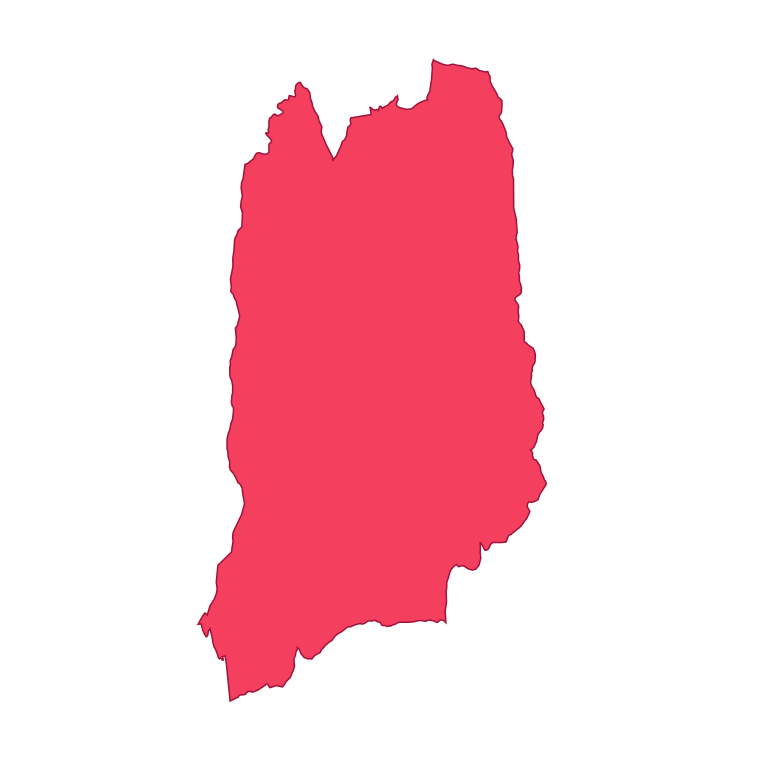 the district of Cosminele, Prahova, Romania, rotated 94°
{"feature_id": "2599482B41257383601072", "entity_name": "Cosminele", "entity_type": "district", "adm_level": 2, "iso_a3": "ROU", "parent_name": "Romania", "parent_adm1": "Prahova", "projection": "robinson", "projection_center": [25.876, 45.169], "detail": "fine", "context": "isolated", "style": "filled", "palette": "rose", "viewbox_px": 768, "rotation_deg": 94, "n_neighbors": 0, "source": "geoboundaries", "source_scale": "gbopen_adm2", "svg_char_len": 6118}
<svg xmlns="http://www.w3.org/2000/svg" viewBox="0 0 768 768"><g transform="rotate(94 384 384)"><path d="M449.9,536.7L459.2,536.1L463.6,534.8L466.8,534.6L472.8,532.4L477.6,532.4L480.7,531.1L484.0,527.8L489.4,524.4L492.4,523.0L494.3,520.3L497.8,518.3L505.1,516.9L510.9,515.2L513.7,514.9L524.0,516.9L541.7,523.9L543.9,524.3L547.7,524.3L551.4,523.6L562.4,524.5L576.3,536.9L576.9,537.1L593.6,537.5L597.9,536.5L601.0,536.2L604.7,536.6L610.2,538.2L617.4,542.1L626.7,544.2L625.2,545.9L625.0,546.9L631.1,550.2L636.7,552.7L636.0,549.7L642.3,547.6L646.0,545.7L648.5,543.8L648.4,543.2L647.0,542.3L642.8,542.0L640.4,540.5L648.7,537.8L654.1,536.6L657.8,535.3L661.8,532.8L668.2,530.2L669.7,529.2L669.1,528.2L669.2,527.3L669.7,526.5L670.7,526.2L670.8,525.4L670.0,525.0L667.3,526.2L666.3,523.6L675.0,521.6L711.0,515.4L706.4,507.4L705.2,507.1L704.3,506.0L703.7,501.9L703.1,500.5L700.0,498.3L700.3,496.8L699.8,494.9L700.7,494.0L698.5,489.0L693.4,482.2L691.7,480.4L691.5,479.3L691.7,478.9L694.3,477.2L694.9,476.4L692.4,470.5L693.3,464.2L691.2,462.6L687.7,460.9L683.4,457.1L675.2,454.3L671.6,453.6L665.0,454.7L660.4,453.3L658.1,453.3L654.8,452.0L653.0,452.1L654.5,450.0L658.2,448.4L662.4,444.6L663.6,440.3L663.0,438.4L663.5,436.9L660.5,434.9L658.7,432.8L656.3,428.9L653.2,427.8L650.4,425.2L649.0,424.4L645.7,421.1L643.0,417.7L640.0,416.1L637.7,414.0L636.5,412.8L633.9,408.8L628.6,402.9L628.6,400.7L625.8,395.1L624.5,390.5L624.8,390.4L625.0,388.5L623.6,385.9L622.4,384.7L621.2,382.5L621.4,380.3L620.5,376.9L620.6,375.9L621.5,374.4L621.9,372.2L622.6,370.8L624.3,369.8L625.0,368.6L624.9,366.2L625.7,363.8L624.9,362.1L625.2,360.9L623.6,358.4L623.1,356.4L620.7,352.9L619.9,342.7L619.1,337.6L617.8,333.5L617.3,330.6L617.9,325.9L616.6,323.9L616.3,322.7L616.9,317.5L617.7,316.3L618.1,314.6L617.5,313.3L615.7,311.8L615.4,310.5L615.8,307.9L617.8,305.6L606.3,307.1L597.0,306.4L586.5,307.6L582.3,307.2L577.6,307.6L572.2,306.1L567.4,305.3L564.1,304.0L560.2,300.9L559.0,299.1L560.3,298.0L561.0,296.8L560.9,295.9L560.1,294.5L559.9,292.4L560.2,291.2L562.3,287.7L563.1,284.7L563.4,282.4L562.1,279.3L558.1,276.6L550.9,275.3L545.8,276.3L540.7,276.4L535.9,277.1L535.7,276.3L542.9,271.6L542.3,269.6L541.5,268.6L538.3,267.0L536.8,266.8L534.5,264.3L533.9,255.3L533.2,251.5L532.4,250.9L527.1,249.5L525.8,248.4L525.4,247.1L516.5,237.6L507.6,232.0L501.1,229.6L496.5,232.5L494.1,232.6L492.8,232.2L491.7,231.3L491.5,230.5L491.7,228.6L491.3,226.8L488.8,222.4L482.8,220.7L473.3,215.4L471.9,215.3L469.8,216.1L467.4,217.9L466.1,218.2L461.0,221.2L456.2,222.3L454.0,223.3L449.1,227.1L448.7,229.5L445.3,230.9L442.6,230.9L440.6,232.1L439.6,233.3L439.1,232.3L436.9,230.2L430.9,227.9L423.9,226.9L421.3,225.6L419.3,223.9L416.7,222.7L413.6,222.3L411.9,223.2L408.0,222.2L404.7,222.7L401.9,224.0L400.0,223.6L398.2,222.7L397.4,222.7L392.7,225.8L387.7,228.6L386.9,230.5L385.8,231.4L379.9,233.7L375.0,237.0L372.8,237.7L371.1,237.9L365.3,237.3L363.1,237.8L359.9,236.9L358.5,237.4L355.3,236.8L353.1,235.4L351.1,234.9L344.4,235.0L341.8,235.8L338.0,237.7L335.3,242.5L332.7,245.4L332.8,246.2L332.1,247.0L322.2,247.8L317.6,250.0L315.4,251.4L313.0,253.8L311.3,254.4L307.3,254.2L301.5,255.4L298.3,255.0L296.8,255.2L295.0,256.1L291.7,258.7L290.1,259.6L287.5,258.0L286.9,256.9L285.0,254.5L283.3,253.6L278.9,253.5L274.7,254.8L272.4,256.0L266.0,256.6L264.2,257.4L259.0,256.7L256.0,256.9L251.4,258.5L245.6,258.9L242.1,260.1L237.6,259.9L229.9,262.4L228.3,262.6L223.4,261.7L210.3,263.6L199.3,266.9L170.3,269.1L167.3,270.3L162.0,270.9L156.0,270.4L152.1,270.6L147.0,272.4L145.4,272.6L142.4,271.9L140.4,271.9L133.0,276.7L131.7,277.1L130.1,278.5L123.6,280.0L115.8,283.9L113.4,285.4L111.9,287.0L110.0,287.9L109.1,288.0L105.8,286.2L103.9,285.7L97.8,285.7L93.1,286.2L91.7,287.4L89.6,290.6L88.3,290.8L85.6,292.3L79.2,296.9L74.4,299.2L69.4,299.8L67.2,301.5L65.4,302.0L65.0,302.6L65.6,304.2L65.5,306.2L64.5,310.9L62.5,314.4L63.3,317.4L63.3,319.1L62.9,322.1L61.2,328.5L60.8,334.5L60.2,336.9L60.4,338.8L61.6,342.1L61.6,344.4L60.9,347.8L58.1,355.9L57.0,357.3L61.6,358.5L65.4,357.8L77.3,357.8L82.5,358.4L83.9,358.2L85.6,358.7L88.0,358.4L92.8,360.5L95.8,361.2L97.4,360.1L98.5,363.5L100.8,368.0L103.0,371.0L107.6,375.7L108.5,380.7L107.2,387.9L105.6,390.7L104.8,391.1L101.4,390.9L99.3,389.8L95.5,390.7L97.3,392.6L100.7,394.4L102.1,396.9L105.6,399.6L107.4,402.9L109.0,404.6L107.1,406.9L107.2,407.3L108.4,408.0L111.6,408.8L110.6,410.4L111.6,412.0L110.8,414.4L109.2,416.5L109.1,417.2L116.1,415.6L120.9,435.8L122.7,436.1L127.1,435.3L128.4,435.9L129.9,437.7L131.1,438.1L139.9,438.9L142.9,440.2L144.7,442.1L145.8,442.8L150.0,443.7L160.0,447.5L162.0,449.3L165.2,450.6L162.7,450.9L160.1,451.9L148.5,458.8L139.0,463.6L137.0,464.2L131.8,464.0L125.9,467.2L121.8,468.3L116.0,472.5L112.1,474.5L108.9,475.3L104.4,477.2L98.3,478.5L94.7,481.5L94.4,483.7L92.8,485.9L88.9,488.5L89.3,489.9L90.0,491.2L92.7,492.9L96.7,493.0L97.6,493.5L101.9,492.4L103.6,492.9L103.9,493.8L102.9,497.6L103.1,498.7L106.6,499.1L107.4,499.6L107.7,500.6L107.3,502.0L107.5,503.0L110.6,506.0L111.5,508.3L112.6,509.3L113.5,509.6L115.7,509.4L116.3,508.8L118.4,504.3L120.3,503.6L121.3,504.3L123.7,508.2L123.8,509.1L122.4,511.7L122.4,512.5L124.3,514.2L126.1,515.4L126.9,516.7L130.7,517.1L134.9,516.7L138.5,517.3L141.4,516.5L141.8,516.8L141.5,518.5L142.1,519.6L143.6,518.5L147.4,514.3L149.5,513.1L150.3,513.2L151.9,515.0L153.2,515.5L160.5,514.9L162.2,516.1L163.0,517.7L163.0,520.1L162.0,524.7L162.4,526.7L164.1,528.2L168.5,530.0L173.4,535.3L174.7,538.0L189.1,538.9L192.8,540.1L198.4,540.2L206.4,538.4L211.2,539.2L217.4,539.4L223.0,537.2L235.5,536.8L237.5,537.0L240.5,539.7L242.2,540.7L244.6,540.9L248.6,542.7L250.8,543.1L261.5,543.0L268.8,543.6L277.4,542.9L290.2,544.5L297.7,543.1L302.0,543.3L303.1,542.8L304.9,540.8L308.5,539.3L311.8,537.1L314.4,536.6L320.9,534.2L326.4,532.7L335.4,534.3L336.9,534.9L337.9,535.9L338.9,536.1L348.5,534.6L354.9,534.5L357.7,535.3L360.0,536.9L368.0,537.9L371.1,539.0L376.0,538.6L378.1,539.1L385.5,538.4L388.3,537.8L391.3,536.1L396.7,534.8L403.6,534.4L405.7,534.9L412.9,535.0L416.5,533.9L418.1,532.5L422.3,532.3L429.6,532.6L434.1,534.0L440.5,534.7L443.6,535.8L449.9,536.7Z" fill="#f43f5e" stroke="#9f1239" stroke-width="1.5"/></g></svg>